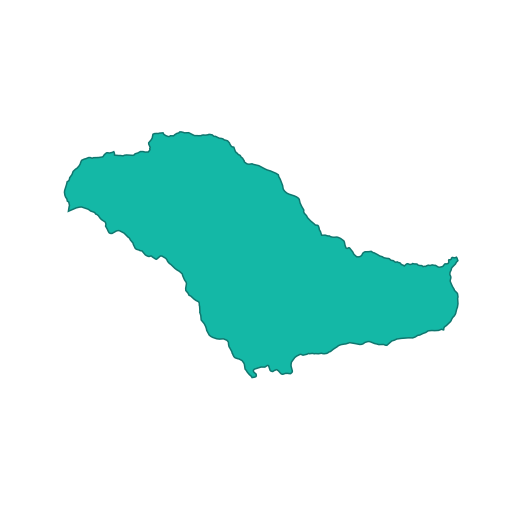 Nangkor, Shemgang, Bhutan (orthographic projection), rotated 302°
{"feature_id": "84629894B93769975990256", "entity_name": "Nangkor", "entity_type": "district", "adm_level": 2, "iso_a3": "BTN", "parent_name": "Bhutan", "parent_adm1": "Shemgang", "projection": "orthographic", "projection_center": [90.802, 27.203], "detail": "fine", "context": "isolated", "style": "filled", "palette": "teal", "viewbox_px": 512, "rotation_deg": 302, "n_neighbors": 0, "source": "geoboundaries", "source_scale": "gbopen_adm2", "svg_char_len": 6100}
<svg xmlns="http://www.w3.org/2000/svg" viewBox="0 0 512 512"><g transform="rotate(302 256 256)"><path d="M361.2,426.6L359.7,425.5L358.8,423.2L357.9,422.9L356.5,423.2L355.8,422.8L355.1,421.6L354.5,421.6L352.9,422.8L351.5,422.9L350.2,421.7L349.7,420.7L349.2,420.3L346.5,420.0L345.7,419.6L343.9,417.8L343.4,417.0L343.2,416.1L343.2,413.2L342.7,412.4L341.8,410.1L340.2,408.7L339.5,406.9L337.9,405.7L337.2,405.5L336.3,404.0L335.5,403.3L335.7,402.1L335.6,401.4L334.7,399.9L334.3,398.8L334.2,398.1L334.5,396.9L334.2,396.2L333.1,394.3L332.6,392.8L332.1,392.7L331.4,392.2L330.6,391.4L330.2,390.6L329.9,388.8L329.5,388.3L329.0,387.9L326.1,387.0L326.2,385.8L325.8,383.7L326.4,382.3L326.4,381.5L325.9,380.1L325.9,379.0L324.6,377.6L324.8,374.9L323.9,372.6L324.3,370.5L324.2,369.9L323.3,368.1L322.3,365.4L322.3,363.4L321.6,360.9L321.6,358.4L321.3,354.5L320.9,353.5L321.0,351.2L319.4,349.3L317.4,346.3L316.8,345.8L315.0,345.1L312.5,345.3L311.6,345.0L310.8,344.6L309.7,343.6L308.7,341.8L309.3,338.2L310.8,335.7L312.4,331.1L312.3,330.4L310.7,329.3L310.5,328.1L312.2,325.9L314.6,323.6L315.4,322.4L315.7,318.4L315.3,315.7L314.9,314.5L313.2,312.2L312.3,310.4L311.9,308.9L311.9,307.6L311.1,306.4L310.4,303.7L308.4,300.7L309.5,299.3L310.9,297.7L311.8,295.9L313.4,294.4L314.5,293.0L314.7,292.1L314.4,291.3L313.7,290.0L314.1,288.1L314.7,283.6L315.8,279.4L317.0,277.4L317.8,274.4L318.7,273.0L320.3,272.2L322.3,268.4L324.4,265.2L327.0,262.6L327.5,261.3L327.6,259.2L327.3,256.7L325.9,251.0L325.7,248.7L326.1,246.1L326.8,244.3L327.5,243.3L329.9,241.2L333.9,235.9L335.4,233.2L336.7,231.9L336.7,229.1L335.8,223.2L334.9,219.9L334.6,217.5L334.1,210.5L332.3,205.2L332.1,203.8L330.1,201.4L329.4,199.7L329.4,198.8L329.6,196.4L329.8,196.0L330.4,195.6L331.8,192.8L332.1,190.6L332.6,189.9L332.9,189.1L332.7,187.3L332.8,186.6L333.2,185.8L333.2,184.4L334.0,182.7L336.5,179.6L336.3,178.7L335.9,178.1L336.0,176.8L337.1,174.5L337.8,173.6L338.6,170.9L338.1,168.8L337.6,167.8L337.8,166.0L337.5,164.7L336.4,162.3L336.0,158.2L335.2,157.0L335.5,154.4L335.0,153.5L334.8,152.7L334.2,151.6L333.5,151.2L332.2,149.7L331.5,148.8L330.8,147.3L329.9,146.2L329.0,145.7L327.4,143.3L327.0,142.4L325.5,140.0L324.9,133.6L322.5,130.0L322.3,128.8L321.6,126.8L321.0,125.8L320.7,125.5L319.5,125.3L318.0,123.9L316.0,122.9L314.2,122.4L312.6,119.7L311.4,119.2L310.8,118.3L310.3,115.8L310.3,113.4L311.2,111.9L309.1,109.1L308.1,108.2L307.1,106.5L305.9,104.9L304.6,104.1L300.9,105.5L298.8,105.5L295.1,105.0L294.1,105.7L292.0,108.7L290.7,109.0L289.9,109.8L287.2,109.6L285.4,107.0L284.7,104.8L283.3,102.6L280.9,101.3L278.6,99.3L277.2,99.1L276.2,98.4L273.1,92.7L271.8,91.1L270.4,90.1L269.4,87.8L268.5,86.4L266.6,82.6L268.2,81.4L269.1,80.1L267.7,79.2L265.6,77.1L265.0,75.5L264.2,74.5L261.7,73.7L259.1,73.6L258.2,72.8L256.0,70.2L253.2,66.0L252.1,65.3L251.6,63.1L250.7,61.8L248.3,60.1L247.2,59.0L244.7,57.4L242.6,57.7L240.7,58.2L238.5,58.2L235.6,57.7L233.9,56.9L230.8,56.1L227.6,56.8L223.7,56.5L221.9,57.2L220.4,57.3L219.0,56.5L216.0,57.5L210.2,59.0L208.5,59.8L206.3,61.7L205.0,63.4L204.2,65.3L202.5,67.0L202.6,68.2L202.5,68.6L200.1,71.0L198.5,71.5L194.5,73.2L201.6,78.1L203.8,80.3L205.1,82.0L206.7,88.7L206.7,90.3L206.5,91.8L207.3,95.4L207.3,96.4L206.6,97.8L206.9,98.8L206.7,100.9L205.5,103.7L205.0,105.6L204.9,110.0L204.6,110.6L203.4,111.9L201.6,112.6L200.1,115.4L198.4,118.0L197.8,119.4L198.1,120.8L198.9,122.0L203.5,124.5L204.7,125.9L205.1,126.8L205.4,130.5L205.5,132.0L204.2,137.6L204.2,138.8L203.9,139.6L203.1,140.8L201.7,145.0L200.8,145.8L198.5,149.5L198.3,150.9L199.1,153.8L199.1,154.8L199.9,156.6L198.3,161.5L198.3,163.0L198.6,164.9L199.0,165.7L200.1,166.6L200.6,167.5L200.3,168.4L200.2,172.4L200.4,173.2L201.1,173.6L205.1,174.8L205.5,175.1L206.1,176.3L206.2,180.7L205.6,182.5L205.0,183.2L204.3,184.7L203.8,186.4L203.7,188.4L202.5,193.9L202.3,196.4L202.4,199.2L201.9,202.0L201.7,203.0L200.5,204.2L197.9,208.0L196.7,210.7L195.7,211.7L191.3,213.5L189.5,214.8L188.4,218.2L187.2,220.0L187.5,221.7L186.6,226.4L186.5,228.9L186.7,230.7L186.7,231.8L186.0,232.8L184.1,234.1L183.5,234.8L179.3,237.8L178.6,238.0L176.3,240.7L172.7,243.4L171.2,247.9L169.5,250.7L168.0,252.5L166.8,253.6L164.1,258.3L163.9,260.4L164.0,262.3L165.0,266.6L166.2,269.1L168.5,272.3L169.1,275.9L168.7,277.4L168.2,278.3L166.2,279.8L164.8,281.2L164.0,282.8L162.1,286.1L160.8,287.5L160.7,288.0L160.0,288.8L158.9,290.7L158.6,292.3L159.3,295.2L159.7,296.2L159.9,299.7L158.7,302.5L158.1,303.4L154.3,306.7L153.9,308.1L152.6,310.8L152.4,312.1L152.0,312.7L151.5,315.7L150.8,317.1L152.7,319.2L153.6,319.8L154.5,319.8L155.9,318.7L156.4,315.8L156.7,315.1L157.7,314.3L159.2,314.6L164.5,319.1L166.5,322.4L169.1,323.6L169.5,324.0L169.6,324.8L166.5,328.6L166.3,329.5L166.7,331.1L167.0,331.5L168.4,332.1L170.4,333.5L170.6,334.1L170.5,335.9L169.6,338.9L169.4,340.0L169.6,340.6L169.9,341.4L172.1,343.2L173.3,345.1L173.8,346.4L174.6,347.7L176.0,348.1L176.8,348.2L177.7,347.8L181.3,344.0L183.0,343.0L184.9,342.3L190.5,342.7L192.6,343.5L195.8,345.4L196.4,346.1L196.8,348.4L199.6,351.2L201.1,352.1L201.5,353.2L203.3,355.4L204.0,357.3L204.8,358.2L206.2,360.8L208.2,363.0L208.6,364.4L209.2,365.6L210.8,367.5L211.8,368.2L213.2,368.7L214.5,369.8L218.0,371.0L222.7,373.2L223.5,373.3L225.8,375.0L227.9,377.3L229.1,378.8L232.2,381.4L234.4,386.8L236.0,391.0L237.1,392.4L238.2,393.3L240.4,394.2L242.4,395.9L243.2,396.9L243.8,398.3L244.6,402.9L245.4,405.1L245.9,407.0L248.6,411.1L248.9,412.9L249.6,414.3L255.9,416.2L258.0,418.0L260.2,419.4L263.0,422.7L267.5,428.8L269.6,432.3L271.8,434.0L274.4,435.2L275.8,436.8L278.7,438.6L281.1,440.5L283.8,441.7L286.0,444.6L287.4,447.1L289.6,450.2L292.2,452.2L292.6,454.1L292.9,454.3L294.1,453.6L295.3,453.4L296.6,453.7L297.8,454.3L303.4,455.7L304.7,455.7L305.7,455.5L307.4,455.4L308.5,455.5L310.2,455.9L311.8,455.9L312.9,455.8L317.5,454.3L319.2,454.0L322.5,452.6L327.0,449.4L328.3,449.0L330.7,447.0L331.1,446.4L332.1,442.3L332.7,441.8L334.2,438.8L336.5,435.4L337.5,434.1L338.3,433.6L340.8,432.8L341.9,431.9L343.0,430.2L343.7,429.8L345.0,429.2L347.6,428.9L349.2,428.3L350.6,428.4L355.0,429.4L356.9,429.2L359.0,429.7L360.8,427.5L361.2,426.6Z" fill="#14b8a6" stroke="#0f766e" stroke-width="1.5"/></g></svg>